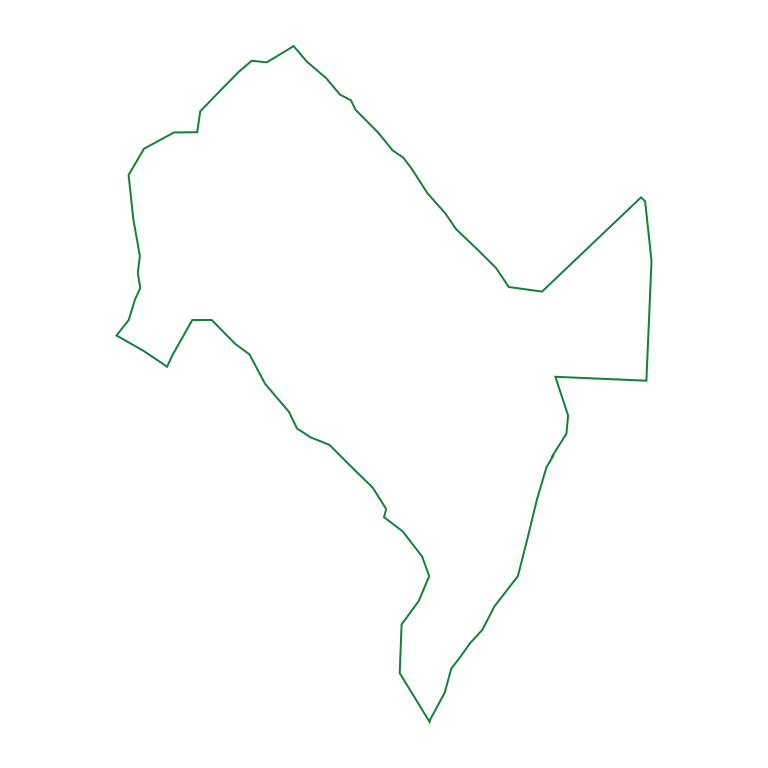 outline of Ikenne, Ogun, Nigeria
{"feature_id": "59680162B19467626863877", "entity_name": "Ikenne", "entity_type": "district", "adm_level": 2, "iso_a3": "NGA", "parent_name": "Nigeria", "parent_adm1": "Ogun", "projection": "robinson", "projection_center": [3.67, 6.891], "detail": "fine", "context": "isolated", "style": "outline", "palette": "green", "viewbox_px": 768, "rotation_deg": 0, "n_neighbors": 0, "source": "geoboundaries", "source_scale": "gbopen_adm2", "svg_char_len": 1055}
<svg xmlns="http://www.w3.org/2000/svg" viewBox="0 0 768 768"><path d="M429.6,721.9L430.4,719.2L444.7,692.7L451.3,668.5L459.8,657.6L470.4,642.8L474.6,638.3L482.4,629.7L494.5,606.3L517.9,576.1L526.7,541.6L537.0,499.3L546.5,467.2L552.9,456.3L552.2,456.3L566.4,433.7L568.1,415.6L555.4,376.8L646.4,380.7L651.5,260.9L645.1,201.2L641.0,197.4L542.0,291.6L508.8,287.0L495.9,267.8L478.1,250.2L456.2,229.3L445.3,213.3L427.5,193.3L411.8,168.9L403.3,157.7L392.5,150.3L378.5,133.0L355.5,109.7L351.0,100.4L340.0,94.6L326.2,78.2L307.1,61.9L293.6,46.1L266.9,62.3L251.7,60.8L239.0,71.6L220.0,90.9L200.2,111.4L197.2,132.2L173.9,132.5L144.0,148.7L128.6,175.0L133.3,219.1L139.9,256.0L137.8,272.8L140.3,288.0L135.0,299.5L128.7,320.1L116.5,335.5L143.6,350.9L167.1,366.7L172.4,355.2L192.3,320.0L211.7,320.0L235.3,344.0L249.5,354.4L265.1,383.9L289.0,411.9L297.1,428.6L310.9,437.5L329.5,444.9L348.7,464.2L372.6,487.5L386.2,509.0L384.0,517.2L402.6,531.3L422.1,556.5L429.2,576.1L418.7,601.1L401.6,624.4L399.7,673.1L429.6,721.9Z" fill="none" stroke="#15803d" stroke-width="2"/></svg>